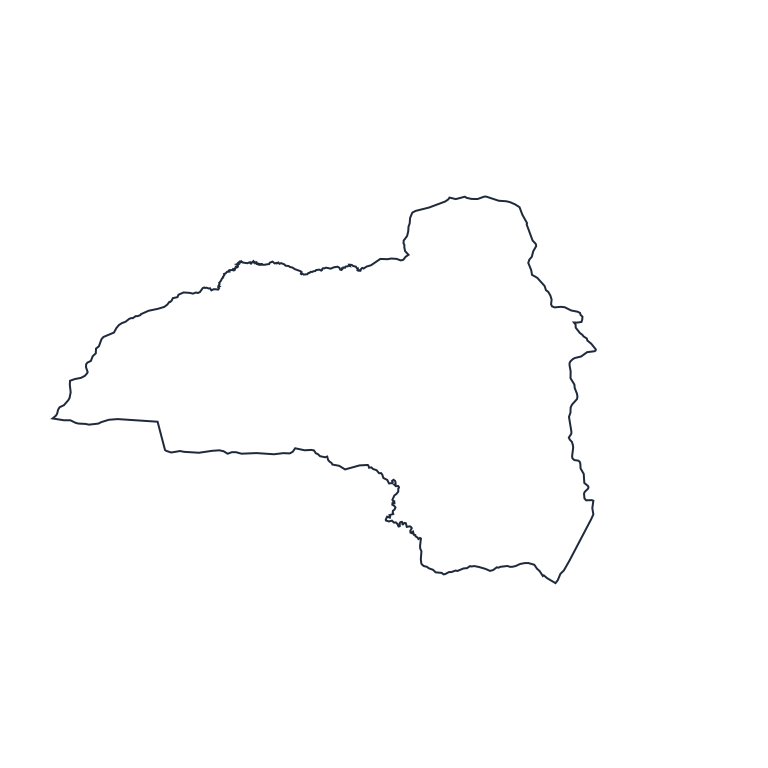 the district of Lenguazaque, Cundinamarca, Colombia, rotated 216°
{"feature_id": "7082276B28495435415002", "entity_name": "Lenguazaque", "entity_type": "district", "adm_level": 2, "iso_a3": "COL", "parent_name": "Colombia", "parent_adm1": "Cundinamarca", "projection": "orthographic", "projection_center": [-73.682, 5.304], "detail": "fine", "context": "isolated", "style": "outline", "palette": "slate", "viewbox_px": 768, "rotation_deg": 216, "n_neighbors": 0, "source": "geoboundaries", "source_scale": "gbopen_adm2", "svg_char_len": 6166}
<svg xmlns="http://www.w3.org/2000/svg" viewBox="0 0 768 768"><g transform="rotate(216 384 384)"><path d="M631.9,161.3L621.5,166.6L616.4,170.3L610.7,171.3L608.1,172.3L602.1,176.2L598.8,177.7L591.8,184.1L590.3,187.0L585.6,193.3L578.8,199.1L545.0,220.4L522.4,201.9L520.9,201.9L515.9,203.5L509.6,209.9L505.9,211.6L493.3,219.6L483.8,228.9L478.2,233.6L474.3,235.3L469.5,235.7L467.1,239.3L465.7,240.4L463.5,241.9L458.4,243.8L446.5,253.2L431.7,262.5L424.8,268.9L419.5,272.4L418.0,275.5L418.1,279.8L409.3,283.7L404.0,288.0L401.6,289.1L398.5,287.9L396.2,288.4L393.3,288.0L388.6,290.1L387.3,291.9L384.7,289.8L382.6,289.2L380.1,289.3L378.4,288.5L372.1,291.5L365.3,292.0L355.9,303.8L349.6,308.9L348.8,308.9L346.9,307.5L345.2,309.1L342.9,308.8L339.3,309.9L335.6,308.9L334.0,310.2L332.2,309.7L329.3,307.6L325.0,308.3L321.5,306.5L319.0,308.7L319.1,309.5L320.5,310.3L320.0,312.1L318.1,312.1L317.3,311.6L315.7,309.8L316.6,308.6L314.3,308.3L312.6,309.8L311.6,309.5L311.0,309.0L310.9,307.7L309.2,305.3L309.3,302.4L310.1,299.9L309.1,295.2L307.7,294.6L306.8,295.2L305.5,293.7L307.1,292.6L306.3,291.2L304.2,291.5L302.1,290.8L301.7,288.7L302.2,286.7L301.6,285.4L300.1,284.3L302.5,281.1L301.1,280.4L300.7,279.3L303.5,278.5L302.8,275.2L302.2,274.7L299.2,275.7L297.3,278.1L294.5,277.7L293.1,279.0L290.6,278.6L288.7,277.3L288.2,277.4L287.7,278.4L289.5,280.6L289.5,281.9L288.5,283.0L287.7,282.7L286.9,281.5L286.2,281.5L285.7,283.7L284.5,284.2L281.6,281.8L279.4,284.1L277.6,284.1L276.8,283.7L276.4,280.6L275.2,279.3L273.5,279.8L274.1,281.0L273.8,281.7L271.2,279.6L269.9,280.2L268.9,279.3L266.7,279.5L265.0,278.8L264.4,280.6L263.3,280.7L259.6,274.1L257.9,272.1L255.4,270.7L251.3,264.0L248.6,261.0L247.4,260.3L244.8,260.1L241.9,261.3L239.2,261.3L235.2,262.5L231.5,262.0L226.3,265.1L223.9,265.0L222.7,266.3L220.9,270.0L218.9,271.5L216.4,275.2L214.7,275.9L211.2,281.6L208.6,283.8L207.4,287.2L206.1,287.7L203.9,289.8L199.8,291.7L193.1,294.1L188.4,295.1L186.3,297.7L185.0,302.0L183.4,302.7L182.4,304.5L177.2,309.3L174.5,310.2L172.6,311.7L170.5,314.1L168.1,318.4L164.8,321.9L162.0,324.0L156.1,326.1L151.7,324.5L148.0,324.1L142.6,322.0L142.3,323.1L137.8,322.8L128.2,323.7L128.1,327.5L129.7,334.1L128.9,338.8L130.1,349.8L136.9,396.3L138.0,401.6L142.5,406.0L146.0,412.6L147.6,412.2L152.1,408.7L154.5,409.2L157.7,412.8L158.2,414.6L157.4,419.3L157.9,420.7L159.0,421.4L163.8,421.7L169.6,428.7L175.3,431.2L178.5,435.1L180.2,436.2L182.0,436.1L185.3,434.3L187.8,434.6L189.3,436.0L193.6,443.8L195.5,445.8L198.0,447.6L201.0,448.2L203.0,449.3L203.2,453.7L204.2,455.4L215.0,466.1L216.3,470.4L219.2,474.7L219.8,477.8L219.0,485.2L220.0,487.4L222.1,489.5L227.3,492.8L229.7,495.5L236.5,498.3L240.4,503.9L244.9,508.2L246.1,509.9L246.5,511.6L245.9,515.0L244.9,517.2L240.7,522.1L238.4,529.1L232.9,534.3L232.5,535.5L233.0,536.5L240.0,538.4L245.0,538.7L246.7,540.0L250.6,539.8L252.5,540.4L255.6,540.4L262.1,542.3L263.8,544.6L266.5,545.4L263.8,547.2L260.7,550.3L261.5,552.6L263.0,555.1L265.7,555.5L267.1,556.7L269.8,556.3L275.8,553.5L283.0,552.3L286.4,550.3L291.1,546.2L293.8,545.6L295.7,546.7L298.0,550.8L301.3,553.3L305.3,555.1L308.1,555.1L311.7,557.7L322.5,560.0L328.4,559.3L331.9,562.7L338.5,566.8L339.5,570.0L339.2,573.8L341.3,579.1L341.9,584.9L342.7,585.9L343.8,586.6L348.1,587.4L361.4,596.3L362.4,597.0L362.8,598.2L371.6,602.3L378.3,606.7L383.4,606.4L388.9,605.2L392.5,603.7L398.9,599.7L411.7,595.6L413.2,594.3L417.0,588.7L421.9,585.2L426.5,583.2L428.7,583.0L434.6,575.8L440.6,573.3L440.5,571.2L441.7,567.7L451.3,553.2L460.2,542.6L461.8,539.3L460.5,533.7L457.6,529.0L456.6,525.6L454.2,521.9L452.3,517.3L452.4,511.6L450.9,509.3L449.3,508.5L447.9,506.5L445.0,503.9L440.1,502.9L441.3,499.6L441.4,495.9L442.0,495.0L443.2,493.8L447.4,492.6L452.1,489.6L454.3,487.2L460.5,483.0L464.3,472.4L467.1,468.8L468.4,465.4L469.6,465.3L470.0,464.7L470.1,463.1L469.6,461.8L470.0,461.4L470.9,461.5L471.3,460.6L472.3,460.4L473.1,462.2L474.0,461.7L475.8,462.4L478.3,461.3L480.1,461.4L482.2,460.1L481.0,459.4L482.3,459.0L482.4,458.0L484.1,456.4L483.9,455.1L485.4,454.4L485.2,453.4L486.0,452.9L485.3,451.8L485.5,451.2L486.6,450.8L488.4,451.8L490.5,451.6L493.2,448.9L494.9,446.0L499.2,444.1L500.3,442.4L501.3,441.9L501.6,441.1L501.1,439.7L501.5,438.8L503.4,438.6L505.9,436.3L506.0,435.0L507.6,433.4L507.9,432.5L509.3,431.6L509.5,430.2L510.4,429.4L510.6,427.7L513.3,425.3L514.9,425.3L515.3,424.3L516.1,424.3L516.7,426.2L517.8,426.2L523.7,424.5L526.5,424.4L528.8,423.4L530.5,423.4L533.3,421.8L534.8,422.2L538.3,421.3L539.2,419.8L540.9,420.2L541.5,418.6L542.2,418.7L543.3,417.3L546.1,417.5L547.7,415.0L547.4,413.6L551.0,410.0L552.9,408.7L553.4,409.3L553.8,409.0L553.6,408.6L554.3,407.5L554.7,407.3L555.4,407.9L556.3,407.2L557.0,407.4L557.5,406.9L556.9,406.5L557.5,406.3L558.7,407.4L559.3,406.0L560.4,406.7L560.8,405.9L561.9,406.5L562.3,403.5L563.2,403.9L563.2,403.2L564.4,403.3L565.5,401.4L569.6,399.3L571.7,399.4L571.6,398.2L572.7,398.2L572.8,397.7L571.8,397.6L572.6,396.3L573.2,396.2L573.3,395.3L572.3,395.2L573.1,394.4L572.2,394.6L572.2,393.6L571.4,393.4L571.1,392.6L571.5,391.8L572.8,391.6L572.3,390.6L572.8,389.4L572.0,389.2L571.8,388.2L572.3,387.7L572.7,388.2L573.2,387.6L573.7,387.8L573.7,387.0L575.9,385.3L575.2,384.2L576.1,384.0L575.9,383.4L576.9,382.5L577.2,380.3L578.1,379.0L577.2,378.3L577.3,376.3L576.7,375.6L577.1,374.4L576.6,371.3L576.8,368.9L575.8,368.3L575.6,366.2L574.6,366.3L575.2,365.3L575.0,364.8L573.8,364.6L573.6,363.0L577.3,360.8L578.7,358.3L581.0,359.2L582.0,358.2L584.2,357.6L585.2,356.5L586.2,356.4L587.0,355.0L587.0,350.1L588.1,348.2L589.9,347.5L591.7,344.8L594.8,343.5L600.0,340.2L602.7,335.5L602.2,332.8L605.3,329.3L604.8,326.8L605.2,324.7L605.9,324.3L606.0,320.7L607.1,317.2L611.3,311.7L617.5,304.9L621.7,297.6L621.6,296.5L623.2,294.1L624.8,292.9L625.9,289.6L627.3,288.7L628.4,287.0L629.7,282.4L631.9,279.1L633.1,275.9L633.4,272.0L632.7,266.9L638.6,257.2L638.9,254.2L636.8,246.9L637.8,243.4L635.2,239.4L636.0,235.3L634.7,230.4L636.5,227.0L636.6,224.9L634.9,222.4L630.7,219.4L630.5,217.8L630.8,214.8L632.8,210.8L637.0,206.3L639.9,202.1L637.9,198.9L632.6,193.1L630.2,187.9L629.9,185.3L630.5,178.7L632.8,174.5L632.5,171.5L631.0,167.9L630.8,165.5L631.9,161.3Z" fill="none" stroke="#1e293b" stroke-width="2"/></g></svg>